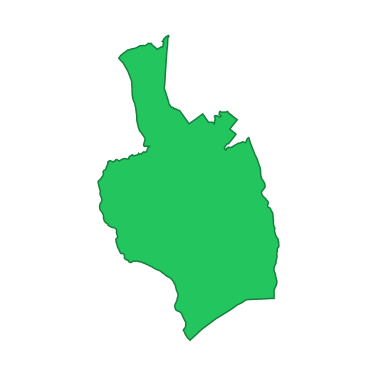 Curtea, Timis, Romania, rotated 108°
{"feature_id": "2599482B40469998650222", "entity_name": "Curtea", "entity_type": "district", "adm_level": 2, "iso_a3": "ROU", "parent_name": "Romania", "parent_adm1": "Timis", "projection": "albers", "projection_center": [22.328, 45.846], "detail": "fine", "context": "isolated", "style": "filled", "palette": "green", "viewbox_px": 384, "rotation_deg": 108, "n_neighbors": 0, "source": "geoboundaries", "source_scale": "gbopen_adm2", "svg_char_len": 6044}
<svg xmlns="http://www.w3.org/2000/svg" viewBox="0 0 384 384"><g transform="rotate(108 192 192)"><path d="M249.4,261.7L250.0,260.0L250.4,257.4L250.2,255.8L250.0,255.1L250.2,253.9L250.7,252.8L251.0,252.3L252.4,251.6L253.4,251.5L253.4,251.3L254.5,251.0L257.7,248.7L258.3,248.8L260.0,249.7L260.7,249.7L261.2,249.2L262.4,249.1L265.0,247.2L267.7,245.5L269.4,243.6L271.2,242.2L272.2,240.9L272.5,240.3L272.0,239.2L271.9,238.5L272.2,237.7L272.6,237.1L273.7,236.4L275.4,236.1L276.0,235.6L276.4,234.9L276.8,232.9L276.7,232.5L276.5,232.1L276.7,231.8L277.8,230.6L278.1,228.6L277.8,228.1L276.7,227.2L275.5,225.9L275.4,224.7L274.5,222.5L274.7,221.6L274.3,218.4L274.4,217.3L274.6,216.4L274.5,216.1L274.4,215.4L274.6,214.8L274.4,214.3L274.7,213.9L274.9,212.6L274.9,210.9L275.3,209.8L275.3,208.2L275.5,207.8L275.5,207.0L276.2,204.7L276.4,203.4L276.7,200.6L276.7,199.0L277.1,197.2L277.9,195.5L278.1,195.0L278.1,193.9L278.6,193.0L279.0,192.1L279.3,191.2L279.7,190.4L280.0,189.2L280.1,187.9L280.7,185.4L281.1,184.9L282.4,182.7L283.1,181.9L284.3,180.9L285.1,179.8L286.4,178.7L287.6,178.1L290.5,176.2L292.7,174.3L293.4,173.8L294.3,173.4L295.9,173.1L298.0,173.2L298.9,172.8L299.6,172.8L304.5,173.4L306.9,172.7L308.3,171.6L308.8,171.4L309.5,169.7L309.8,166.7L310.0,165.8L310.3,165.1L311.3,163.9L312.2,163.3L317.0,158.7L317.5,158.0L318.1,157.6L319.1,157.1L321.9,156.6L322.6,156.6L323.7,156.8L325.5,157.6L326.1,157.6L327.5,155.9L329.7,154.1L330.3,153.1L331.1,152.4L332.4,150.4L333.6,148.1L319.5,140.2L304.4,129.6L304.4,129.4L292.7,119.5L289.5,117.0L287.0,115.3L285.0,113.7L282.1,110.5L278.7,108.0L278.0,107.2L277.3,106.3L273.6,96.4L272.9,94.7L272.5,93.3L269.9,86.6L269.1,84.8L267.8,81.0L267.6,81.2L263.6,82.4L260.9,83.4L257.7,83.5L256.1,83.2L253.8,83.1L251.5,83.4L250.4,83.8L246.6,86.3L244.5,87.2L242.0,89.3L239.5,90.5L238.7,90.4L236.0,90.6L234.4,90.2L233.0,90.3L231.7,90.7L228.0,91.0L226.8,91.3L224.5,92.3L223.5,92.5L222.1,92.4L220.8,93.0L220.2,93.1L218.7,93.2L217.2,92.5L216.7,92.6L215.1,93.3L213.3,93.9L210.1,95.7L209.6,96.3L208.9,97.5L207.1,99.2L203.7,101.5L201.5,101.9L200.8,102.1L200.4,102.4L198.6,103.9L197.7,104.4L195.8,105.2L193.6,105.8L192.1,106.7L189.9,107.5L188.0,108.3L186.7,109.1L185.4,110.7L184.9,111.3L183.8,112.0L183.3,112.5L182.9,113.9L182.9,114.3L182.8,115.0L181.6,116.1L180.8,116.2L179.9,115.9L179.1,115.9L178.3,116.3L177.7,116.8L177.3,117.2L176.7,118.6L175.6,119.9L174.1,123.1L173.7,123.7L172.7,124.9L172.1,125.3L171.1,125.7L170.1,125.8L166.1,124.4L164.7,124.1L163.7,124.3L161.6,125.4L159.7,127.3L157.6,130.1L153.6,132.3L149.5,133.8L147.9,134.7L146.2,136.1L141.5,139.5L140.0,140.7L137.2,143.5L128.1,151.0L124.5,153.6L123.7,154.0L123.5,154.6L122.9,154.7L122.8,155.0L123.1,155.3L124.3,155.8L125.5,156.1L127.7,156.0L128.4,156.3L128.6,157.3L128.5,158.1L128.7,159.6L129.2,159.9L131.1,162.2L131.4,163.2L132.4,163.9L135.6,166.9L137.2,168.1L137.5,168.9L138.2,169.9L138.2,170.6L138.1,171.0L138.2,171.4L138.7,171.4L139.4,172.0L139.8,172.6L140.7,172.7L141.1,172.5L141.7,172.8L141.0,174.1L140.6,174.5L139.7,174.8L138.7,174.7L135.4,173.5L135.1,172.7L134.5,172.0L132.8,171.5L131.3,170.8L123.6,168.0L123.3,168.1L120.5,175.5L109.3,171.3L105.6,181.4L104.4,183.1L105.7,184.7L105.9,185.7L106.2,186.2L106.6,187.8L107.0,188.4L106.9,189.1L106.6,189.9L106.7,190.2L106.9,190.4L107.6,190.6L109.5,190.3L109.9,189.9L110.2,188.4L110.5,188.1L110.9,187.9L111.3,188.0L111.9,188.3L112.0,188.6L111.8,191.1L112.0,192.8L112.2,193.5L112.8,194.0L113.2,194.0L113.6,193.8L114.5,192.8L116.9,192.3L118.4,192.3L119.9,191.8L120.3,191.9L120.2,192.6L119.6,193.5L119.4,194.5L120.6,197.8L114.4,205.9L122.4,211.6L128.0,215.9L118.5,228.7L118.0,233.9L118.5,234.9L117.9,235.4L117.5,236.3L117.6,237.8L117.3,238.7L116.3,239.6L115.8,240.6L115.0,241.3L112.1,243.1L108.0,246.0L102.5,250.1L100.7,250.8L98.9,251.0L91.2,253.0L80.4,255.8L79.8,255.9L65.2,259.6L61.2,260.3L51.8,262.9L51.8,262.2L51.7,262.1L51.1,262.5L50.8,262.2L50.6,262.3L50.4,262.7L50.5,263.0L51.5,263.6L52.1,264.5L52.4,264.8L53.4,265.2L54.0,265.3L54.5,265.8L55.3,266.1L55.9,265.8L56.3,266.0L56.6,266.4L57.2,266.3L57.7,265.8L58.0,265.9L58.1,266.3L58.7,265.0L60.4,265.1L61.5,264.9L62.4,264.5L63.4,265.0L63.3,265.3L63.5,265.7L63.4,265.9L63.6,266.3L65.0,267.2L65.6,268.1L66.5,268.8L67.0,269.0L67.2,269.3L67.2,269.7L66.6,270.2L65.8,271.8L64.4,275.7L63.8,275.9L63.3,277.1L63.9,277.5L64.0,279.3L64.3,279.7L65.2,280.0L66.1,280.8L66.9,281.2L67.5,282.2L67.8,284.0L69.2,286.9L70.3,287.8L71.9,289.4L73.4,291.3L74.3,293.2L76.6,296.3L76.8,296.9L77.0,297.2L80.3,299.3L80.9,300.0L82.7,301.1L83.0,301.2L84.6,302.2L85.4,302.3L86.7,302.9L87.3,303.0L88.3,301.5L90.6,297.3L95.7,291.7L97.4,289.9L105.3,283.6L114.5,280.1L114.9,280.1L118.6,278.6L122.4,276.5L125.8,273.6L129.9,271.3L131.0,270.7L131.3,270.8L131.4,270.4L131.6,270.3L133.5,269.7L134.6,269.0L138.4,267.5L140.6,266.8L145.6,263.9L148.0,262.3L150.0,260.8L150.3,260.3L151.0,259.0L151.7,258.0L152.8,256.7L155.2,253.4L155.7,253.0L162.2,252.6L163.1,251.9L163.3,251.5L163.3,251.1L163.2,250.7L162.6,250.0L162.3,248.1L161.8,247.1L161.9,246.6L163.0,247.2L164.5,247.8L165.1,247.6L167.2,247.7L167.7,247.9L168.6,248.5L168.8,250.4L169.9,251.2L171.1,251.6L171.1,252.0L171.8,252.5L172.1,253.1L172.0,253.8L171.7,254.7L172.9,254.9L173.4,255.3L175.3,257.9L175.4,259.1L175.0,260.5L176.4,261.0L176.9,262.0L177.9,262.5L178.8,262.7L179.5,262.3L179.8,262.3L180.0,262.7L180.6,263.0L180.7,263.3L180.9,266.2L181.2,266.8L181.6,267.5L182.5,268.6L185.0,270.9L185.0,271.6L184.4,273.0L184.5,274.0L185.1,274.6L186.3,275.0L186.8,275.5L187.6,276.0L187.6,280.0L189.0,281.1L189.7,281.4L190.0,281.4L191.1,280.6L191.4,280.6L192.3,280.9L196.9,281.2L197.6,281.4L198.8,282.5L199.8,282.7L200.4,282.8L202.1,281.9L202.9,281.8L204.9,281.8L205.3,281.9L205.7,282.4L208.1,283.0L209.8,283.9L210.6,284.5L211.4,284.5L215.4,282.2L219.9,279.3L221.3,279.2L222.9,278.6L224.8,276.9L226.5,275.6L228.2,275.2L228.9,275.1L229.9,275.3L231.3,275.8L234.0,275.5L234.7,275.3L237.4,273.9L239.1,271.3L240.9,269.5L242.1,268.7L243.9,268.3L246.2,266.8L246.8,266.2L247.2,265.6L248.1,263.8L248.6,262.1L249.4,261.7Z" fill="#22c55e" stroke="#15803d" stroke-width="1.5"/></g></svg>